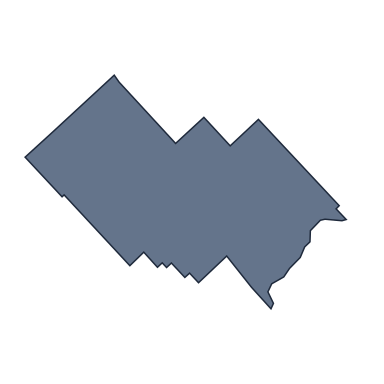 Columbia, Washington, United States of America (Mercator projection), rotated 137°
{"feature_id": "52423323B83269960896154", "entity_name": "Columbia", "entity_type": "district", "adm_level": 2, "iso_a3": "USA", "parent_name": "United States of America", "parent_adm1": "Washington", "projection": "mercator", "projection_center": [-117.924, 46.312], "detail": "fine", "context": "isolated", "style": "filled", "palette": "slate", "viewbox_px": 384, "rotation_deg": 137, "n_neighbors": 0, "source": "geoboundaries", "source_scale": "gbopen_adm2", "svg_char_len": 618}
<svg xmlns="http://www.w3.org/2000/svg" viewBox="0 0 384 384"><g transform="rotate(137 192 192)"><path d="M175.2,330.5L255.1,330.9L290.3,331.3L290.3,277.1L287.5,277.1L287.7,180.5L268.3,180.9L268.6,160.5L262.1,160.5L262.1,154.1L255.5,154.1L255.5,134.4L249.1,134.3L249.1,121.2L210.3,121.5L213.5,81.5L213.9,52.7L208.4,55.0L204.6,67.2L196.3,70.5L182.8,67.3L172.8,69.6L157.5,70.3L147.0,75.0L139.7,75.1L131.8,83.0L117.4,83.8L113.3,81.4L101.9,68.7L98.0,66.7L98.1,81.4L93.7,81.6L93.9,199.8L132.6,199.7L132.4,238.5L170.9,238.7L170.4,322.1L169.2,330.5L175.2,330.5Z" fill="#64748b" stroke="#1e293b" stroke-width="1.5"/></g></svg>